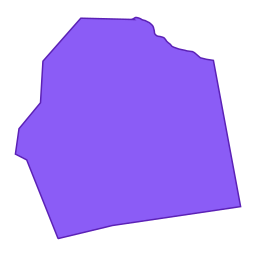 the district of Labayee, Castries, Saint Lucia
{"feature_id": "8701671B83780855203463", "entity_name": "Labayee", "entity_type": "district", "adm_level": 2, "iso_a3": "LCA", "parent_name": "Saint Lucia", "parent_adm1": "Castries", "projection": "mercator", "projection_center": [-60.972, 13.941], "detail": "fine", "context": "isolated", "style": "filled", "palette": "violet", "viewbox_px": 256, "rotation_deg": 0, "n_neighbors": 0, "source": "geoboundaries", "source_scale": "gbopen_adm2", "svg_char_len": 2122}
<svg xmlns="http://www.w3.org/2000/svg" viewBox="0 0 256 256"><path d="M58.4,238.5L112.4,225.5L240.6,206.6L213.4,60.4L212.9,60.3L206.4,59.3L200.4,57.8L199.1,56.7L194.5,52.7L192.5,51.6L187.0,50.9L184.9,50.3L181.5,49.6L178.8,49.0L173.7,47.2L171.9,46.3L170.3,44.3L168.1,42.6L166.5,41.1L166.4,40.8L166.2,40.6L166.1,40.4L166.0,40.2L165.8,39.9L165.6,39.7L165.4,39.4L165.1,39.0L164.9,38.8L164.7,38.6L164.6,38.4L164.4,38.2L164.2,38.0L164.0,37.8L163.8,37.7L163.5,37.6L163.3,37.5L163.0,37.4L162.8,37.2L162.5,37.2L162.3,37.1L162.0,37.0L161.7,37.0L161.5,36.9L161.2,36.8L160.9,36.7L160.7,36.7L160.4,36.6L160.1,36.5L159.9,36.5L159.6,36.4L159.3,36.4L159.0,36.4L158.7,36.3L158.4,36.3L158.2,36.3L157.9,36.2L157.6,36.1L157.3,36.0L157.0,35.9L156.8,35.7L156.6,35.6L156.4,35.4L156.1,35.3L155.9,35.1L155.7,34.9L155.5,34.7L155.3,34.5L155.2,34.3L155.0,34.1L154.9,33.9L154.7,33.6L154.6,33.4L154.5,33.1L154.5,32.8L154.5,32.6L154.4,32.3L154.4,32.0L154.4,31.7L154.3,31.2L154.3,30.9L154.2,30.7L154.2,30.4L154.1,30.1L154.0,29.9L154.0,29.5L153.9,29.2L153.7,28.6L153.6,28.2L153.6,27.9L153.5,27.7L153.4,27.4L153.3,27.1L153.2,26.8L153.1,26.6L153.0,26.4L152.8,26.1L152.7,25.8L152.5,25.6L152.3,25.4L152.1,25.1L151.9,24.9L151.7,24.7L151.3,24.3L151.0,24.1L150.8,23.9L150.5,23.6L150.2,23.4L150.0,23.2L149.8,23.0L149.5,22.8L149.4,22.7L149.2,22.6L148.7,22.3L148.5,22.2L148.2,22.1L147.9,22.0L147.7,21.9L147.4,21.7L147.2,21.6L146.8,21.4L146.6,21.3L146.4,21.2L146.2,21.1L145.8,20.9L145.6,20.8L145.3,20.7L145.0,20.5L144.6,20.4L144.3,20.4L144.0,20.3L143.8,20.2L143.4,20.1L143.2,20.1L142.9,20.0L142.7,19.9L142.3,19.8L142.1,19.7L141.8,19.6L141.6,19.4L141.4,19.3L141.2,19.2L140.9,19.0L140.7,18.8L140.4,18.7L140.2,18.6L139.9,18.5L139.7,18.4L139.4,18.3L139.2,18.2L138.9,18.1L138.6,18.0L138.4,17.9L138.1,17.9L137.8,17.8L137.5,17.7L137.2,17.6L136.6,17.5L136.4,17.5L136.1,17.5L135.8,17.5L135.5,17.5L135.3,17.6L135.0,17.7L134.8,17.9L134.5,18.0L134.3,18.2L134.0,18.3L133.8,18.5L133.6,18.6L133.3,18.8L133.0,18.9L133.9,19.5L80.8,18.2L43.0,61.1L42.9,61.9L40.5,102.7L19.0,128.7L15.4,154.1L26.7,159.9L57.9,238.1L58.4,238.5Z" fill="#8b5cf6" stroke="#5b21b6" stroke-width="1.5"/></svg>